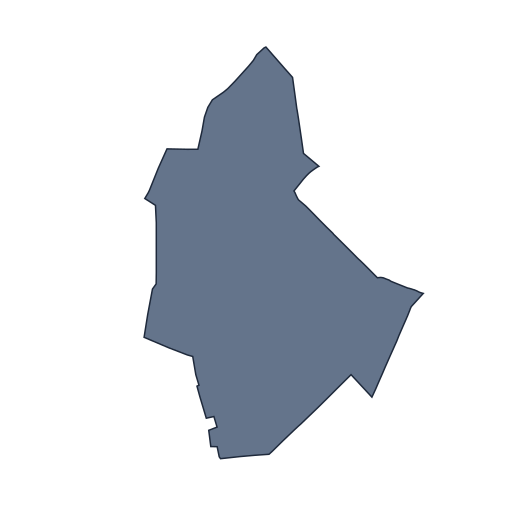 Moravita, Timis, Romania (Natural Earth projection), rotated 65°
{"feature_id": "2599482B52321856029922", "entity_name": "Moravita", "entity_type": "district", "adm_level": 2, "iso_a3": "ROU", "parent_name": "Romania", "parent_adm1": "Timis", "projection": "natural_earth1", "projection_center": [21.281, 45.278], "detail": "fine", "context": "isolated", "style": "filled", "palette": "slate", "viewbox_px": 512, "rotation_deg": 65, "n_neighbors": 0, "source": "geoboundaries", "source_scale": "gbopen_adm2", "svg_char_len": 1875}
<svg xmlns="http://www.w3.org/2000/svg" viewBox="0 0 512 512"><g transform="rotate(65 256 256)"><path d="M432.9,210.6L427.1,203.7L423.6,199.8L421.4,197.3L419.1,194.7L415.7,190.8L411.3,185.9L408.6,182.8L402.9,176.3L397.9,170.5L395.7,168.0L392.7,164.5L388.7,160.3L384.8,155.9L380.3,150.8L376.2,146.1L375.6,145.5L374.8,144.5L369.6,139.0L369.4,138.9L367.5,136.7L366.7,134.8L364.4,129.3L362.3,124.3L360.6,120.2L359.5,121.5L358.4,122.7L357.2,123.8L355.8,124.8L354.6,125.9L353.5,126.9L352.7,127.9L351.7,128.9L349.9,131.0L349.1,132.1L346.1,134.9L340.9,139.8L336.7,143.7L335.8,144.5L334.1,145.5L331.8,147.8L329.7,149.7L328.7,151.1L328.0,152.3L327.0,155.2L318.6,158.2L310.3,161.2L304.2,163.5L302.4,164.3L300.0,165.2L295.2,166.9L279.6,172.6L269.1,176.5L268.0,176.7L259.0,180.1L250.1,183.3L245.2,185.0L237.8,187.6L231.7,189.8L223.2,193.7L222.8,193.8L222.1,193.9L219.3,194.0L218.2,194.0L215.0,193.9L214.3,194.0L213.1,194.1L206.4,180.6L204.6,176.4L203.4,173.1L202.7,170.6L202.1,167.6L201.7,165.4L201.3,162.7L201.3,161.1L183.1,169.6L169.0,165.3L148.9,159.3L141.2,157.1L139.9,156.8L127.7,153.0L109.6,147.4L98.1,150.8L70.8,158.7L70.8,160.7L73.8,170.2L77.6,175.7L81.0,182.9L88.8,201.4L92.4,210.9L93.8,216.3L94.8,222.3L96.0,229.5L100.9,236.8L108.3,244.0L120.0,252.2L134.7,263.6L130.0,273.7L121.3,291.4L135.1,307.4L151.3,324.7L153.1,326.9L156.9,332.5L167.6,325.7L183.7,332.3L229.2,353.5L239.1,358.3L242.2,363.8L263.3,378.9L282.4,391.8L302.8,373.4L316.7,360.0L320.3,355.8L338.1,360.7L349.0,362.3L349.0,364.5L359.6,366.3L382.0,369.6L383.7,362.0L394.6,363.6L394.0,372.5L409.6,377.5L412.4,371.8L422.4,374.2L424.7,373.8L430.9,355.6L433.7,347.9L436.0,341.6L438.7,334.5L441.2,328.0L439.7,323.3L437.7,317.7L435.1,310.4L432.7,303.3L429.7,294.4L428.1,289.5L427.2,286.4L424.4,278.2L419.4,263.6L414.6,250.2L410.7,239.5L403.7,220.0L432.9,210.6Z" fill="#64748b" stroke="#1e293b" stroke-width="1.5"/></g></svg>